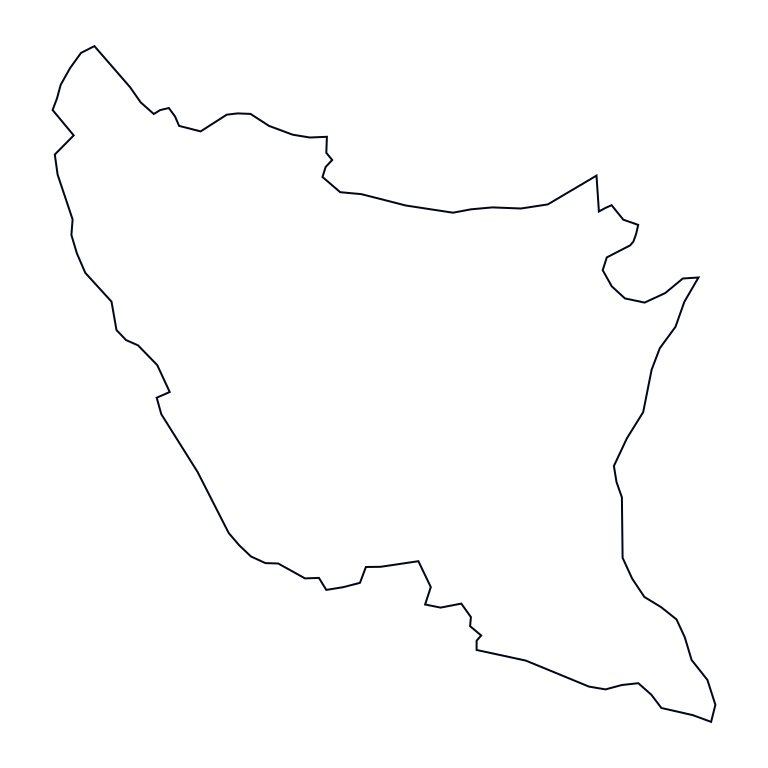 the border of Ratnapura
{"feature_id": "LKA-2463", "entity_name": "Ratnapura", "entity_type": "District", "adm_level": 1, "iso_a3": "LKA", "parent_name": "Sri Lanka", "parent_adm1": "", "projection": "robinson", "projection_center": [80.592, 6.578], "detail": "fine", "context": "isolated", "style": "outline", "palette": "ink", "viewbox_px": 768, "rotation_deg": 0, "n_neighbors": 0, "source": "natural_earth", "source_scale": "10m", "svg_char_len": 1500}
<svg xmlns="http://www.w3.org/2000/svg" viewBox="0 0 768 768"><path d="M698.5,277.5L684.4,301.7L675.5,326.8L659.8,348.2L651.6,369.8L643.2,412.1L626.9,438.3L613.9,466.0L616.5,482.0L621.9,497.4L622.6,557.8L632.2,578.7L644.4,597.0L660.9,607.0L676.5,619.4L684.8,637.3L691.6,660.0L707.4,679.9L715.4,704.8L711.1,721.9L693.0,715.2L661.4,708.0L651.4,694.8L638.3,683.2L621.9,685.0L605.5,689.4L589.0,686.6L525.8,660.6L476.6,650.0L476.6,640.7L481.2,635.5L470.1,626.2L470.9,617.1L461.3,603.6L440.6,607.6L425.1,604.5L430.8,587.1L418.4,561.2L380.6,566.8L365.9,567.0L360.0,582.8L343.1,587.2L326.3,589.9L318.9,577.9L305.0,578.4L278.2,563.5L265.4,563.1L251.0,556.5L239.2,545.3L228.7,533.0L197.6,472.0L161.3,414.2L156.7,397.7L169.7,392.0L157.3,365.2L138.1,345.4L126.1,340.1L116.5,330.1L111.5,301.6L85.3,272.9L76.9,253.4L71.4,235.0L72.6,219.4L57.6,174.6L54.8,154.5L73.7,135.4L52.6,110.0L57.0,98.4L60.7,84.8L70.0,68.2L81.0,52.9L94.4,46.1L130.0,87.1L140.7,102.4L153.8,114.0L160.1,110.1L168.8,108.0L175.0,116.4L179.1,125.9L200.6,131.4L226.7,114.7L237.5,113.4L250.5,113.9L269.0,125.9L292.7,134.7L309.8,137.5L326.9,136.8L326.3,152.8L332.2,160.0L325.6,167.0L322.5,177.0L340.2,192.2L361.1,194.1L405.8,205.5L453.0,212.7L471.1,209.3L492.4,207.4L521.0,208.5L547.8,204.4L596.5,175.6L598.9,211.5L605.3,208.0L611.6,205.2L623.3,219.7L638.2,224.9L636.1,234.0L633.4,241.6L630.1,245.4L606.8,257.4L602.7,270.2L611.8,286.4L624.9,298.4L644.6,302.6L665.3,293.0L682.8,278.5L698.5,277.5Z" fill="none" stroke="#020617" stroke-width="2"/></svg>